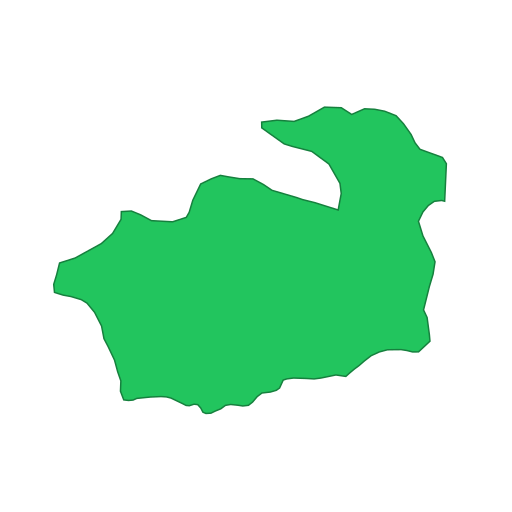 the district of Samcheok-si, Gangwon, South Korea, rotated 104°
{"feature_id": "91817680B11339106619066", "entity_name": "Samcheok-si", "entity_type": "district", "adm_level": 2, "iso_a3": "KOR", "parent_name": "South Korea", "parent_adm1": "Gangwon", "projection": "equal_earth", "projection_center": [129.14, 37.249], "detail": "fine", "context": "isolated", "style": "filled", "palette": "green", "viewbox_px": 512, "rotation_deg": 104, "n_neighbors": 0, "source": "geoboundaries", "source_scale": "gbopen_adm2", "svg_char_len": 1762}
<svg xmlns="http://www.w3.org/2000/svg" viewBox="0 0 512 512"><g transform="rotate(104 256 256)"><path d="M157.2,86.2L120.4,93.6L115.3,98.9L112.8,122.7L107.7,129.1L100.6,134.9L92.0,144.9L86.0,154.0L84.4,166.2L84.9,176.2L86.9,186.3L95.5,197.4L91.5,209.1L95.0,225.6L107.6,238.8L116.2,251.6L119.2,268.6L124.7,282.9L130.3,281.4L134.3,271.3L140.4,255.8L140.9,247.3L141.0,227.2L149.1,207.5L165.2,192.1L174.8,188.4L191.5,187.4L190.0,211.8L190.0,224.5L189.5,230.3L188.4,256.4L184.9,265.9L181.9,277.6L184.9,290.4L185.9,302.1L186.4,310.1L191.9,318.0L199.5,327.1L217.2,330.8L229.8,331.4L235.4,333.0L243.0,345.2L247.0,366.0L244.0,377.7L242.5,387.8L245.4,397.1L245.5,397.4L253.1,395.8L268.8,400.6L281.4,409.1L301.7,431.0L309.9,444.3L310.3,444.9L322.4,444.9L332.5,445.4L340.1,442.7L340.6,433.7L340.1,425.7L340.6,415.0L342.6,408.6L349.7,399.0L361.3,388.9L373.0,383.5L379.5,377.7L391.2,368.1L401.8,362.2L409.9,356.9L420.0,354.8L427.6,349.5L427.0,344.7L425.5,340.4L423.0,337.2L418.4,324.4L415.4,314.3L414.4,309.0L414.4,304.2L416.9,292.0L417.9,287.7L417.4,284.5L414.8,280.3L414.3,276.6L416.9,272.8L420.4,269.7L420.9,266.5L419.4,261.7L416.3,258.0L412.8,253.2L408.3,249.5L406.2,244.7L405.2,237.8L404.7,232.5L402.7,227.2L398.6,224.0L392.1,220.8L387.5,217.1L384.5,209.1L381.4,203.8L378.4,201.2L369.8,199.6L367.8,196.4L365.3,190.0L362.7,177.8L361.2,169.9L358.7,163.5L356.7,159.3L352.1,149.7L351.1,139.7L347.1,137.0L342.0,133.3L337.5,129.6L331.4,125.3L324.8,120.1L319.3,113.2L315.2,105.8L313.2,98.3L311.7,92.5L311.2,86.7L311.2,80.9L309.7,75.1L296.6,66.6L290.5,68.7L274.3,75.1L267.8,80.4L254.2,80.4L243.6,80.4L230.9,79.8L218.3,80.9L210.2,86.7L196.1,98.9L183.0,106.8L172.9,104.7L165.3,101.0L159.8,96.2L157.2,89.3L157.2,86.2Z" fill="#22c55e" stroke="#15803d" stroke-width="1.5"/></g></svg>